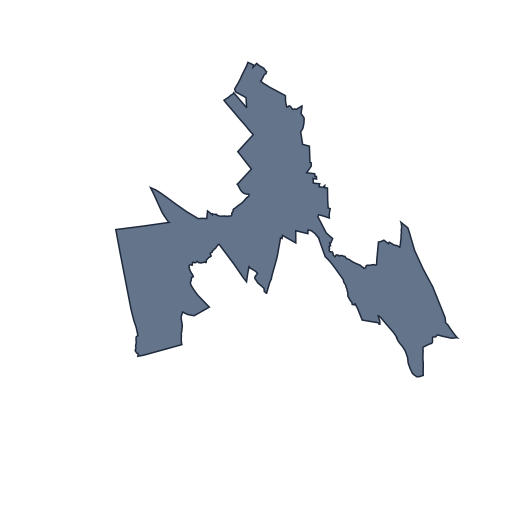 Apizaco, Tlaxcala, Mexico (Equal Earth projection), rotated 155°
{"feature_id": "50627088B30859164427191", "entity_name": "Apizaco", "entity_type": "district", "adm_level": 2, "iso_a3": "MEX", "parent_name": "Mexico", "parent_adm1": "Tlaxcala", "projection": "equal_earth", "projection_center": [-98.132, 19.426], "detail": "fine", "context": "isolated", "style": "filled", "palette": "slate", "viewbox_px": 512, "rotation_deg": 155, "n_neighbors": 0, "source": "geoboundaries", "source_scale": "gbopen_adm2", "svg_char_len": 6127}
<svg xmlns="http://www.w3.org/2000/svg" viewBox="0 0 512 512"><g transform="rotate(155 256 256)"><path d="M405.5,215.1L400.0,213.6L360.6,207.0L360.4,208.3L359.1,211.8L357.3,215.2L356.6,217.2L354.8,219.5L354.4,220.4L352.5,223.4L351.3,226.8L350.7,229.3L349.7,232.3L346.2,236.2L342.7,231.9L337.3,228.0L319.9,229.4L325.0,244.1L325.6,246.4L326.6,251.6L327.1,255.7L327.2,258.0L326.5,259.9L324.9,261.4L324.6,262.2L323.7,263.1L323.4,263.7L323.0,264.0L322.3,263.6L321.9,263.6L321.5,263.9L321.4,265.9L321.8,268.0L321.9,271.3L322.0,271.9L321.7,272.4L321.3,273.7L321.2,274.6L320.6,275.6L319.9,275.9L319.2,275.8L318.7,275.6L318.1,274.8L317.8,274.6L317.4,274.9L317.1,275.7L316.3,276.8L315.4,277.0L314.8,276.0L313.9,275.6L313.2,275.5L312.0,276.0L311.5,275.9L310.8,274.2L310.5,273.9L309.5,273.6L308.7,272.8L307.4,272.7L306.2,272.4L305.3,272.4L304.7,271.6L304.2,271.2L303.9,271.2L303.5,271.6L303.3,272.5L302.8,273.2L299.4,274.6L297.5,274.6L296.9,274.7L296.5,275.2L296.6,277.0L296.5,277.6L296.0,278.0L294.4,277.9L293.9,278.1L293.6,278.6L292.5,279.3L291.8,279.4L290.7,279.9L289.4,280.1L288.5,280.7L285.6,282.2L284.5,282.2L279.4,257.9L276.9,242.7L275.5,236.6L271.0,243.5L268.1,247.5L266.5,250.0L266.6,249.3L266.7,248.4L266.5,247.7L263.4,243.2L262.5,241.4L262.0,239.8L266.1,237.3L266.5,236.1L266.4,234.9L265.9,232.8L265.8,230.9L263.8,226.7L262.6,223.8L262.5,223.0L263.5,220.3L263.1,219.8L262.5,217.9L262.1,217.8L254.7,226.3L252.0,228.5L249.4,232.0L238.2,245.0L235.0,249.3L228.5,258.6L226.1,262.1L225.0,260.8L223.3,263.5L214.4,251.0L209.3,262.1L199.5,254.3L198.0,257.6L197.0,257.0L195.0,255.3L193.0,251.3L191.6,245.6L191.4,245.5L191.8,244.9L193.6,225.9L193.3,225.7L191.4,220.1L189.9,213.8L186.9,197.9L187.5,194.9L187.0,191.8L187.1,191.2L187.5,189.9L187.5,187.5L187.8,186.9L188.1,185.9L188.2,184.6L188.4,183.6L189.7,180.9L189.5,178.2L189.5,176.9L189.3,175.4L188.7,173.3L189.3,171.4L187.2,170.0L187.0,170.5L186.8,170.8L186.3,170.7L186.2,166.7L186.1,166.3L186.8,153.0L173.1,143.6L172.9,143.4L173.3,142.2L172.5,141.8L171.2,145.0L170.8,148.8L170.5,150.1L169.6,149.1L169.2,148.2L163.7,128.4L162.7,122.7L163.2,122.6L163.1,118.9L162.7,116.6L161.5,111.9L160.9,107.1L161.0,104.8L161.6,99.6L163.3,94.8L163.9,89.0L163.8,83.2L162.8,81.1L162.1,80.1L161.5,78.7L159.0,77.6L154.9,77.1L153.6,80.1L150.9,85.6L149.2,89.4L148.7,91.1L146.2,96.4L144.9,98.8L143.4,102.5L143.1,102.7L138.0,102.9L135.7,102.9L134.2,102.6L133.6,102.7L132.8,103.0L132.4,103.5L130.8,106.8L130.6,107.3L130.1,107.6L129.6,107.7L129.1,107.6L127.6,106.8L127.1,106.8L126.2,107.4L125.0,107.8L122.3,105.7L121.9,105.2L114.0,99.2L112.9,98.6L108.5,97.1L108.1,96.8L108.4,97.6L109.7,103.1L110.5,107.3L111.3,112.8L112.2,114.6L112.4,115.3L110.8,119.6L110.6,120.8L108.8,154.6L109.0,155.3L110.0,173.8L109.9,194.0L107.1,212.2L106.5,217.4L110.4,225.3L110.6,223.9L110.8,223.4L111.7,220.8L113.0,218.6L113.4,218.2L114.6,215.2L115.0,214.6L115.4,214.3L116.1,212.7L117.6,209.8L118.3,208.9L119.3,207.1L119.8,206.5L120.0,205.9L122.0,203.3L123.9,205.9L126.1,207.5L129.4,212.2L130.8,211.2L133.4,216.3L136.5,216.3L139.1,216.9L148.0,201.8L150.4,197.2L151.7,197.3L152.2,197.7L152.6,198.3L155.0,199.2L155.7,199.1L156.4,199.3L156.7,199.5L158.8,200.5L159.7,200.7L160.1,200.7L160.2,200.2L162.1,199.1L162.7,198.9L163.3,199.1L163.7,200.2L164.8,202.0L165.3,203.4L169.5,208.0L171.7,211.1L172.5,212.6L173.4,213.9L174.4,214.6L175.4,216.5L175.5,218.0L177.1,219.0L177.4,219.7L179.0,220.7L180.5,220.8L180.8,221.0L181.1,222.0L182.0,222.7L182.9,223.1L184.6,221.9L185.3,223.2L185.5,224.2L185.0,226.4L185.1,227.5L185.4,227.7L186.0,227.7L187.2,228.9L187.5,229.6L187.3,230.1L186.2,231.7L186.1,232.5L185.7,233.2L185.9,233.7L185.1,234.0L184.4,233.7L184.0,233.9L183.9,235.2L183.9,236.1L183.7,236.8L182.7,236.2L179.1,239.4L180.8,243.0L182.6,247.4L183.3,265.4L181.7,266.9L176.8,262.6L173.5,259.4L172.9,260.9L171.9,263.0L170.9,264.6L168.7,267.5L170.3,269.0L167.6,275.9L162.5,287.4L164.9,288.9L163.9,290.8L164.9,290.5L166.1,289.8L169.5,292.1L168.6,293.6L167.7,294.5L173.2,297.8L171.5,302.1L168.6,300.1L167.6,302.6L168.9,303.3L168.0,305.7L175.0,310.1L173.0,311.1L167.8,314.2L166.6,317.3L167.5,318.0L161.2,333.0L166.7,337.6L166.0,339.3L163.0,349.7L161.1,350.8L159.4,352.1L158.9,352.7L156.5,356.0L154.4,359.9L154.1,361.2L154.8,365.2L155.0,365.8L155.0,366.1L151.5,371.3L150.9,372.6L157.5,371.9L157.9,372.1L158.7,373.0L159.7,373.0L161.0,373.5L161.0,374.5L161.6,377.2L161.9,377.3L162.3,377.9L162.6,378.1L162.9,377.8L163.6,377.8L165.1,378.0L164.2,382.6L163.2,385.2L161.6,388.7L162.0,389.5L172.9,404.0L173.8,405.7L176.6,409.7L176.8,410.6L177.5,411.4L177.9,412.5L176.7,412.9L175.5,414.1L173.8,415.1L172.8,416.2L172.0,416.7L171.3,417.0L170.1,416.9L169.4,417.7L168.5,418.7L169.0,419.6L169.3,420.6L169.5,422.8L172.3,426.7L173.4,428.9L173.7,429.9L174.0,430.3L178.8,428.3L177.5,430.1L179.7,432.9L181.5,434.9L184.4,432.1L192.6,425.6L194.8,423.6L198.5,420.7L204.6,416.5L205.0,415.3L205.1,413.3L198.1,403.8L201.7,394.7L202.0,394.9L207.2,413.4L208.7,412.4L210.7,412.4L213.2,411.6L219.2,410.7L218.4,407.1L215.8,397.9L212.7,386.5L210.0,377.2L209.1,373.2L207.3,367.1L228.4,358.3L223.5,336.7L242.4,329.0L242.7,329.0L242.3,327.4L242.3,324.9L242.2,323.3L242.0,321.9L241.7,320.4L241.0,318.9L240.3,317.7L238.5,316.1L236.3,314.9L236.4,313.8L236.2,313.8L238.4,312.9L239.3,312.7L239.2,313.0L239.3,313.0L245.4,310.3L248.2,309.6L249.6,309.5L255.0,308.2L256.3,308.1L257.3,307.5L257.3,306.9L257.6,306.5L259.5,305.3L260.1,304.6L260.6,303.4L262.0,302.9L262.6,303.0L263.7,303.8L264.9,303.7L265.4,304.3L266.1,304.7L266.3,304.9L266.8,304.8L267.3,305.0L267.9,305.8L268.9,305.9L269.5,306.4L270.7,306.7L272.2,307.6L274.4,309.8L274.1,310.4L277.0,311.8L277.7,312.8L278.0,312.7L278.2,312.2L280.9,317.3L284.8,310.8L289.4,313.1L292.5,314.2L300.2,325.6L306.7,336.9L312.3,347.2L316.6,354.7L318.9,358.2L322.7,362.5L322.5,355.3L322.7,335.3L322.5,333.3L321.7,328.1L320.9,323.7L320.6,323.2L344.7,330.5L371.9,339.2L377.8,316.4L391.7,260.9L393.9,249.6L394.8,241.6L396.7,233.7L398.5,233.5L399.4,232.4L399.8,231.4L400.4,230.2L401.1,228.1L403.2,225.3L403.4,224.2L404.1,222.7L405.3,221.7L405.5,221.1L405.1,218.4L404.7,218.0L404.1,216.6L405.5,215.1Z" fill="#64748b" stroke="#1e293b" stroke-width="1.5"/></g></svg>